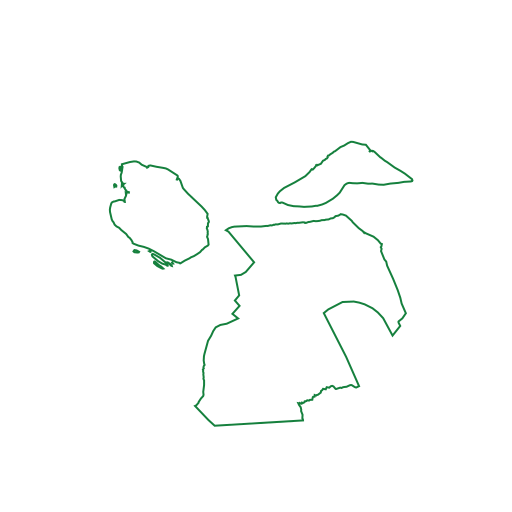 the district of Bengkalis, Riau, Indonesia, rotated 309°
{"feature_id": "22746128B45456061674897", "entity_name": "Bengkalis", "entity_type": "district", "adm_level": 2, "iso_a3": "IDN", "parent_name": "Indonesia", "parent_adm1": "Riau", "projection": "equal_earth", "projection_center": [102.003, 1.525], "detail": "fine", "context": "isolated", "style": "outline", "palette": "green", "viewbox_px": 512, "rotation_deg": 309, "n_neighbors": 0, "source": "geoboundaries", "source_scale": "gbopen_adm2", "svg_char_len": 6144}
<svg xmlns="http://www.w3.org/2000/svg" viewBox="0 0 512 512"><g transform="rotate(309 256 256)"><path d="M344.5,346.3L344.1,345.1L345.0,340.8L345.0,335.2L342.8,327.2L342.5,325.2L342.1,325.3L342.5,323.2L342.3,318.3L343.1,309.9L343.6,308.3L344.0,300.5L342.8,297.2L341.9,295.9L341.9,295.6L339.2,294.6L337.0,292.7L335.5,292.6L333.7,291.9L332.2,290.4L330.1,289.4L328.1,287.3L327.2,286.8L325.2,284.5L323.6,283.5L321.9,281.9L320.7,280.6L319.5,278.7L316.3,276.3L315.5,275.4L313.1,274.0L312.6,273.3L312.8,273.1L312.4,272.2L311.6,271.1L308.7,268.4L308.0,267.4L306.4,266.1L305.9,265.2L303.6,263.1L302.8,261.8L301.4,260.7L300.6,259.3L299.8,258.7L297.0,255.0L294.3,253.1L293.0,251.4L291.7,250.6L291.6,250.2L290.2,249.4L289.3,248.6L289.0,247.9L286.7,246.2L285.8,245.0L282.0,241.3L277.6,235.9L273.3,229.8L265.2,220.7L263.3,219.1L260.4,217.4L257.1,216.4L257.6,219.3L249.9,258.5L237.1,258.1L231.9,256.2L227.6,252.0L227.0,253.1L214.8,267.7L208.1,267.6L206.9,274.6L196.2,274.1L196.2,281.4L185.0,275.9L180.0,271.7L175.2,269.6L170.8,270.0L165.8,271.3L159.9,272.1L147.4,277.6L145.4,278.6L141.9,281.1L139.7,283.5L139.0,284.6L137.9,284.6L136.4,285.2L135.7,286.2L134.4,286.1L133.8,287.0L132.7,287.8L132.1,288.8L130.8,289.6L128.8,291.7L127.5,292.4L126.6,294.0L123.0,296.9L117.2,300.5L115.1,302.6L113.9,303.1L110.6,302.9L106.5,303.3L105.8,303.7L102.4,303.6L101.1,303.0L98.6,322.2L98.1,330.7L157.8,396.0L158.6,395.2L159.0,394.2L161.9,392.1L163.9,388.6L165.0,387.9L166.6,385.9L167.3,383.3L168.2,381.5L168.5,382.1L169.4,382.4L169.4,383.6L169.9,384.4L171.0,384.0L171.3,385.0L172.8,385.7L173.7,385.3L175.0,386.5L176.1,386.6L177.0,388.2L178.1,388.4L179.7,390.2L182.0,389.0L182.5,389.0L183.5,390.0L184.9,389.1L185.3,390.5L186.2,390.7L187.0,391.4L190.6,392.3L192.0,391.5L193.5,391.9L195.0,391.7L196.3,394.1L198.5,393.5L199.8,395.8L201.8,396.1L203.0,396.9L203.4,398.3L202.8,401.5L203.0,401.9L206.7,404.3L207.3,405.6L208.3,405.9L209.6,406.9L211.4,408.7L214.5,410.2L215.5,411.0L215.9,411.7L216.3,415.3L216.8,416.6L219.7,418.0L234.3,389.6L254.3,344.6L260.0,345.8L274.7,352.2L282.1,360.6L284.7,365.5L286.8,370.8L288.7,379.4L288.8,386.2L287.7,394.0L280.1,412.2L292.4,412.1L293.9,408.8L294.5,408.1L295.0,408.0L299.6,409.0L305.8,408.5L310.7,399.1L314.3,394.5L318.6,387.7L324.5,377.0L331.0,364.0L333.6,360.7L334.1,358.0L338.5,350.1L340.6,349.1L341.4,347.4L342.3,347.4L344.5,346.3ZM243.0,94.1L242.7,94.5L242.3,94.5L241.2,96.0L240.6,96.1L238.8,97.7L236.1,99.2L234.2,99.8L232.7,100.8L229.6,103.8L229.1,104.7L229.1,105.2L228.5,107.4L229.0,108.0L228.0,107.8L226.5,109.2L226.2,110.5L226.4,110.9L226.0,111.2L225.1,113.5L225.3,113.9L224.7,114.9L225.6,117.1L225.2,117.3L224.6,116.0L224.1,115.6L223.2,116.0L223.1,115.1L221.2,117.0L217.5,117.9L215.5,120.0L215.3,119.7L215.7,118.8L215.6,118.0L215.1,116.7L213.5,114.4L209.4,111.8L208.9,111.2L207.3,110.4L205.9,110.4L202.0,112.1L200.0,113.3L198.3,114.9L193.7,120.8L192.9,122.4L192.5,124.2L191.4,126.4L191.2,129.0L191.8,131.9L191.4,134.9L191.4,141.3L190.4,144.9L190.6,146.3L190.0,149.1L189.1,151.3L188.4,151.9L188.5,153.1L190.1,158.1L192.5,163.1L194.2,167.9L195.5,173.9L197.5,187.4L199.8,192.4L201.1,198.1L202.5,200.8L202.5,201.7L202.8,201.9L207.7,203.6L212.4,205.8L214.1,206.3L216.8,207.8L220.5,209.1L223.8,210.1L226.9,210.2L227.4,210.5L230.6,210.8L233.7,212.0L235.0,212.0L239.0,208.0L240.1,205.9L241.3,205.5L241.8,205.0L242.7,204.8L243.7,203.7L244.5,203.3L245.9,201.6L246.4,200.5L247.9,199.5L248.7,200.0L251.3,198.0L252.3,198.1L253.2,197.6L254.9,194.8L254.9,194.2L255.3,194.2L255.6,193.4L258.3,191.9L259.5,187.3L260.2,182.5L261.6,163.9L262.6,157.5L262.9,156.3L266.8,150.0L267.5,147.6L267.3,146.5L265.7,146.6L265.6,146.3L268.3,145.4L269.0,144.7L269.1,144.1L267.9,133.1L267.3,130.8L266.0,128.3L262.7,122.5L259.9,116.9L258.4,115.7L257.4,116.3L256.2,115.8L256.5,115.4L255.0,109.7L255.1,106.4L254.1,103.5L252.7,101.6L249.7,98.9L243.0,94.1ZM318.2,233.7L314.1,234.4L312.4,236.4L312.3,237.8L311.7,239.4L311.7,240.2L312.3,241.4L313.4,241.8L314.2,243.0L315.7,248.7L318.4,253.9L321.6,258.2L324.4,262.4L329.7,268.3L332.7,270.9L333.5,272.0L337.7,275.0L341.2,276.9L348.9,279.7L354.3,280.8L357.9,281.2L366.8,280.2L369.3,280.9L370.8,281.8L371.8,282.8L373.4,285.3L376.2,289.0L379.8,292.7L382.8,297.7L385.6,301.0L388.7,306.4L391.7,310.4L396.8,314.8L402.5,320.7L406.8,324.4L411.5,329.6L412.1,329.7L412.5,330.2L413.1,330.1L413.9,328.9L413.7,319.9L413.1,314.7L412.0,308.1L411.5,298.8L411.1,296.1L411.1,291.2L410.9,290.8L411.5,283.0L411.4,281.2L411.1,280.5L410.6,280.5L410.5,279.6L409.6,278.9L408.1,278.6L410.1,278.1L411.6,271.4L409.5,268.3L405.8,259.7L404.5,257.9L401.5,256.4L397.3,255.0L393.8,253.1L387.2,251.5L385.9,250.8L384.5,250.7L381.7,249.7L380.2,249.5L379.4,248.8L378.2,249.0L377.7,249.7L376.4,249.7L375.3,249.1L373.9,249.0L372.2,248.1L368.5,248.4L365.7,246.9L365.4,246.3L365.0,246.5L364.5,245.6L363.8,245.9L360.6,245.9L359.0,245.7L358.8,245.2L358.6,245.4L357.9,244.6L355.0,244.8L349.1,244.1L337.6,239.8L326.6,235.0L321.3,233.8L318.2,233.7ZM193.2,192.5L193.6,192.3L194.0,191.0L194.2,182.6L193.2,176.2L192.7,174.5L192.2,174.2L191.4,174.3L190.7,175.4L190.5,176.0L190.4,183.2L191.1,188.0L192.5,191.4L192.6,193.2L192.9,193.4L193.2,192.5ZM187.9,191.9L188.1,188.9L187.8,186.1L188.1,181.3L187.8,180.5L187.2,180.5L186.3,181.2L186.2,181.8L186.1,185.6L187.0,190.2L187.5,191.6L187.9,191.9ZM184.1,157.8L182.5,157.9L182.4,159.1L184.0,161.6L185.0,162.6L185.7,162.5L185.2,159.7L184.1,157.8ZM223.1,102.3L223.0,101.0L222.5,100.8L221.8,101.0L220.5,102.5L221.2,102.7L222.0,103.7L222.8,103.2L223.1,102.3ZM238.8,96.7L239.1,95.4L239.3,95.0L239.7,94.7L240.1,94.7L239.8,94.2L239.2,94.0L238.2,94.6L237.0,96.1L237.0,96.7L238.1,97.0L238.8,96.7ZM195.5,196.5L195.8,194.4L195.5,191.4L195.0,190.8L194.8,191.3L195.3,193.6L195.1,196.3L195.3,196.8L195.5,196.5ZM238.9,96.7L239.5,96.7L240.3,96.0L240.5,95.3L240.2,94.8L239.2,95.2L238.9,96.7ZM193.2,172.1L192.9,170.1L192.5,169.9L192.6,171.1L193.2,172.1ZM226.2,109.0L227.9,107.3L227.9,106.9L226.6,107.9L226.2,109.0ZM197.9,196.3L198.3,194.9L198.2,194.1L197.7,196.1L197.9,196.3ZM226.7,107.5L227.3,107.1L227.4,106.6L226.1,107.5L226.7,107.5ZM237.4,98.3L237.9,98.1L238.8,97.6L237.8,97.6L237.4,98.3Z" fill="none" stroke="#15803d" stroke-width="2"/></g></svg>